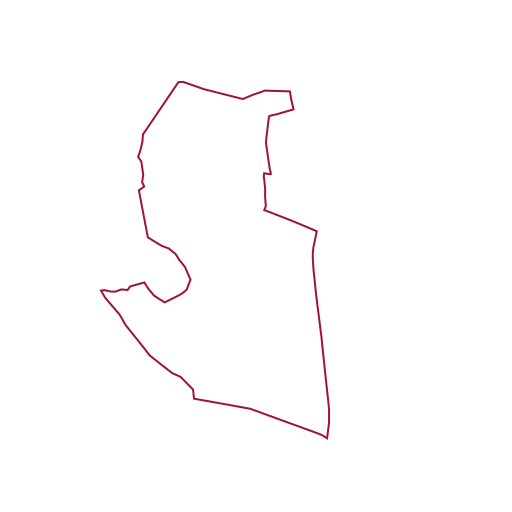 outline of Kesm Awal Assuit, Asyut, Egypt, rotated 38°
{"feature_id": "37247803B33059704038679", "entity_name": "Kesm Awal Assuit", "entity_type": "district", "adm_level": 2, "iso_a3": "EGY", "parent_name": "Egypt", "parent_adm1": "Asyut", "projection": "orthographic", "projection_center": [31.152, 27.186], "detail": "fine", "context": "isolated", "style": "outline", "palette": "rose", "viewbox_px": 512, "rotation_deg": 38, "n_neighbors": 0, "source": "geoboundaries", "source_scale": "gbopen_adm2", "svg_char_len": 1816}
<svg xmlns="http://www.w3.org/2000/svg" viewBox="0 0 512 512"><g transform="rotate(38 256 256)"><path d="M155.2,378.7L162.7,381.7L184.8,386.2L195.8,390.7L224.5,397.5L233.3,399.8L246.6,399.9L256.4,399.9L262.1,399.9L265.2,399.1L270.9,397.7L288.6,400.0L295.0,406.6L314.8,396.1L345.4,380.0L383.6,367.6L415.3,357.3L417.7,356.6L424.2,355.9L416.4,342.7L408.1,332.0L402.5,326.1L390.0,313.3L367.5,290.0L357.5,279.6L342.6,264.8L327.3,249.6L309.3,230.9L302.2,222.9L299.0,218.8L295.6,213.3L291.3,204.4L288.6,199.1L269.7,204.2L260.4,206.8L234.2,214.7L233.2,211.3L232.9,210.7L232.7,210.2L231.9,209.4L228.4,205.6L227.5,204.6L227.2,204.3L223.5,199.6L222.2,197.8L220.8,196.3L218.5,194.0L215.8,191.1L212.8,188.2L211.5,185.8L211.7,185.7L216.0,183.3L217.2,182.4L217.0,182.1L216.8,181.8L215.9,180.8L215.4,180.6L214.9,180.4L212.5,178.2L205.1,171.2L199.5,165.8L195.4,161.9L194.0,160.5L191.8,157.1L190.7,155.3L188.8,152.2L188.0,150.8L184.1,144.4L181.6,140.1L180.9,138.9L180.7,138.4L180.3,137.9L180.4,137.5L180.6,137.1L181.9,135.5L182.9,134.2L184.3,132.5L185.8,130.6L189.9,124.8L191.6,122.5L194.1,119.0L195.3,117.4L195.0,117.1L194.8,116.9L194.7,116.8L189.3,112.5L187.1,110.7L185.6,109.4L181.4,105.4L161.3,120.1L154.0,131.4L149.0,140.4L112.0,156.7L91.3,163.7L87.8,166.8L92.1,229.8L95.9,235.5L98.7,241.2L100.4,245.6L102.1,250.5L107.5,252.2L112.0,256.5L115.5,259.9L117.6,262.0L118.7,264.2L120.7,267.8L125.1,270.1L124.5,272.1L123.3,276.4L159.3,307.9L169.3,306.8L175.8,306.0L182.5,303.8L191.3,303.9L197.9,306.3L200.2,306.8L206.8,308.4L211.1,310.7L219.0,315.0L220.3,319.5L222.1,325.2L221.0,330.5L220.1,333.0L217.1,339.4L212.6,348.8L205.3,349.5L200.2,350.0L191.3,348.1L184.3,345.6L180.4,350.9L179.3,352.4L175.6,357.4L175.7,361.9L170.5,365.2L167.0,370.8L163.6,373.3L157.4,376.3L155.2,378.7Z" fill="none" stroke="#9f1239" stroke-width="2"/></g></svg>